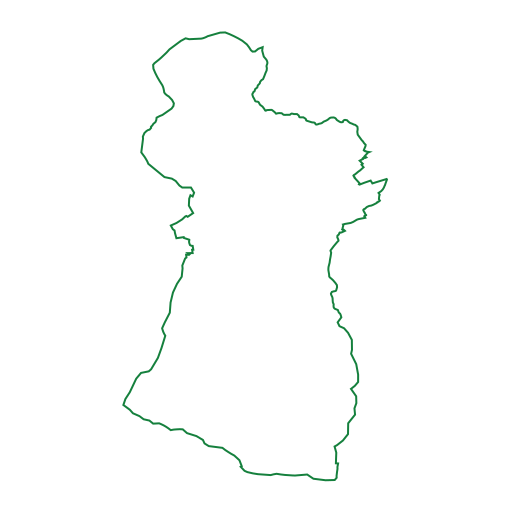 Otelu Rosu, Caras-Severin, Romania, rotated 181°
{"feature_id": "2599482B58163307864274", "entity_name": "Otelu Rosu", "entity_type": "district", "adm_level": 2, "iso_a3": "ROU", "parent_name": "Romania", "parent_adm1": "Caras-Severin", "projection": "robinson", "projection_center": [22.358, 45.525], "detail": "fine", "context": "isolated", "style": "outline", "palette": "green", "viewbox_px": 512, "rotation_deg": 181, "n_neighbors": 0, "source": "geoboundaries", "source_scale": "gbopen_adm2", "svg_char_len": 6084}
<svg xmlns="http://www.w3.org/2000/svg" viewBox="0 0 512 512"><g transform="rotate(181 256 256)"><path d="M384.1,110.7L386.0,104.7L379.5,100.1L376.3,96.6L369.8,93.9L365.5,90.8L359.7,89.6L355.9,86.6L349.9,87.0L347.9,86.2L345.3,85.0L342.8,83.6L340.5,82.1L338.2,80.4L335.3,81.0L332.2,81.3L329.2,81.5L326.2,81.4L321.9,77.7L312.4,74.9L305.8,71.1L304.2,67.7L299.9,65.1L286.2,63.6L283.4,61.5L280.4,59.6L277.4,57.8L274.2,56.1L269.0,51.5L266.6,45.6L267.6,45.0L263.7,41.0L260.9,39.8L255.3,38.6L250.3,37.9L237.5,37.2L234.7,38.0L231.6,38.6L227.4,38.0L223.3,37.6L219.1,37.4L214.9,37.2L213.0,37.2L201.0,38.4L194.7,34.3L182.5,33.0L173.4,33.4L171.5,35.7L171.6,37.6L171.2,41.6L170.8,44.6L170.9,46.5L170.3,50.0L172.5,50.1L172.3,60.8L174.1,66.9L171.7,68.3L165.9,73.0L160.9,79.5L160.9,90.4L154.2,99.1L154.9,105.4L153.1,110.6L153.4,117.5L158.7,124.8L154.9,127.9L151.7,131.8L151.8,139.1L153.9,149.6L159.2,159.9L158.4,163.8L158.7,173.8L162.6,180.8L166.7,185.3L171.3,187.3L173.2,191.1L169.6,196.2L170.3,198.5L170.9,199.8L171.8,200.5L172.4,201.3L173.2,203.4L176.2,204.6L176.8,205.1L177.4,206.0L177.6,207.4L177.5,208.9L177.7,209.6L178.3,210.8L178.5,212.3L178.7,215.1L179.1,216.5L179.8,217.8L180.3,219.0L180.4,219.8L179.5,221.4L177.8,222.0L176.6,222.2L175.7,222.5L175.3,222.9L174.4,226.1L174.6,228.3L176.2,230.5L178.5,233.1L180.2,234.6L181.8,235.9L182.4,236.7L182.6,238.9L183.4,243.2L183.4,244.8L183.3,246.3L182.3,250.5L181.9,253.9L181.4,256.8L180.9,260.6L181.6,262.5L181.6,262.8L178.5,267.1L175.1,271.3L173.8,272.7L173.9,273.5L174.5,275.1L175.0,275.8L175.0,277.3L174.9,277.8L173.6,278.9L172.9,280.7L172.6,280.9L172.4,280.7L170.8,281.1L167.5,282.7L167.7,282.9L168.0,283.1L168.9,283.9L169.3,283.9L169.6,284.2L169.8,284.2L170.1,283.9L170.3,284.1L170.0,284.5L169.9,285.2L169.8,286.0L169.7,286.2L169.4,287.3L169.4,288.5L169.0,288.8L169.3,289.1L167.7,289.6L161.9,290.7L159.4,291.8L155.9,294.0L155.2,294.3L154.0,294.7L147.4,296.1L148.0,297.2L148.4,297.7L148.0,298.1L146.6,298.7L146.6,298.9L147.4,299.7L147.9,300.5L148.1,301.3L148.8,302.1L149.0,302.5L149.3,303.4L149.5,303.6L149.5,304.0L149.3,304.3L148.6,304.9L147.9,305.1L146.5,306.5L145.9,307.0L143.8,308.0L141.7,308.4L139.8,309.2L136.8,310.8L136.3,311.1L136.1,311.6L135.3,311.8L135.0,312.1L134.9,312.4L134.0,312.7L133.1,313.5L133.9,314.7L134.1,315.0L133.8,318.4L133.5,319.0L133.4,319.4L133.6,319.8L134.4,320.8L134.6,321.2L132.0,323.0L130.4,324.8L129.3,326.7L128.7,328.3L128.3,329.0L127.7,331.0L126.2,335.3L126.0,335.5L137.4,331.8L140.9,330.6L141.9,332.2L142.3,332.7L142.7,333.4L148.8,331.2L153.7,329.2L154.3,329.5L153.7,330.5L158.9,336.0L158.7,336.3L160.0,338.0L159.7,338.5L159.3,338.8L158.2,339.5L155.1,342.2L153.4,343.4L151.1,345.6L150.0,346.6L152.1,349.1L150.9,350.1L154.0,353.1L151.7,354.4L150.8,354.8L151.1,355.3L150.9,355.7L149.8,356.0L148.7,355.9L147.4,356.5L148.1,357.1L149.2,357.6L146.8,360.3L146.1,361.2L144.6,361.9L146.9,362.2L148.4,362.8L148.6,362.6L149.5,363.1L150.1,363.6L148.4,367.9L148.3,369.1L149.9,370.7L151.2,372.6L152.2,373.5L156.4,379.1L156.9,382.0L156.6,384.1L156.6,385.0L156.7,386.0L156.9,387.1L159.0,388.8L160.6,389.2L162.3,390.0L164.3,390.7L165.7,391.7L166.2,392.2L166.5,392.4L167.3,393.3L168.9,393.6L169.7,393.6L170.4,393.3L171.1,392.7L171.5,391.5L172.1,391.3L173.1,391.2L173.8,391.3L174.8,391.7L177.4,393.3L177.8,393.7L178.5,394.7L179.4,395.4L180.1,395.7L181.3,395.9L181.8,395.8L183.5,395.7L184.7,395.2L186.8,393.4L188.2,392.6L190.7,391.5L192.3,390.2L193.4,389.7L195.3,389.3L196.4,388.8L197.7,388.5L198.2,388.5L198.7,388.8L199.4,390.0L200.1,390.4L200.9,390.5L202.4,390.6L207.5,392.1L208.2,392.5L208.3,393.2L208.6,393.8L209.3,394.4L211.1,395.5L214.0,395.4L214.5,395.4L215.1,395.7L215.6,396.9L215.9,397.4L216.9,398.1L217.2,398.5L217.8,398.6L220.7,398.6L221.8,398.9L222.9,399.0L223.5,398.7L224.6,397.8L228.0,397.7L229.5,397.6L230.8,397.7L231.5,398.1L232.5,399.0L233.0,399.2L235.3,399.3L236.9,399.1L238.0,398.7L238.7,398.8L239.1,399.5L240.9,401.0L242.5,402.2L243.1,402.4L247.4,402.1L247.9,402.0L248.6,401.5L249.0,401.5L249.4,401.7L249.9,402.6L251.0,404.1L252.1,405.5L254.5,407.2L255.1,408.1L256.0,409.7L256.5,410.1L257.0,410.3L258.7,410.5L259.4,410.8L260.8,413.6L261.6,414.8L262.3,416.7L262.5,417.7L262.2,418.4L261.7,419.2L261.4,420.0L260.4,420.6L259.7,422.9L257.7,424.5L257.5,425.1L257.4,425.8L257.2,426.5L256.7,427.1L255.8,428.0L255.2,428.8L255.0,430.0L254.4,430.9L253.5,432.0L252.5,432.6L252.0,433.0L250.7,436.3L249.6,439.4L248.6,441.7L248.4,444.0L248.8,445.8L248.7,446.7L248.3,447.8L248.0,448.8L248.0,449.9L248.4,451.2L249.1,452.5L251.7,455.5L253.4,461.4L253.0,464.9L257.3,463.2L260.5,460.5L263.0,460.3L264.7,461.7L266.6,464.6L268.8,467.4L273.5,471.0L277.6,473.3L281.9,475.4L286.2,477.3L290.7,479.0L295.8,478.7L308.2,474.9L309.6,474.1L311.2,473.4L312.8,472.8L314.4,472.4L326.6,471.6L330.2,472.4L335.0,469.7L346.1,461.1L349.0,457.8L354.2,452.7L356.4,450.7L361.0,446.9L362.2,445.3L361.8,441.4L359.9,437.2L357.8,433.2L355.5,429.4L352.6,425.0L351.8,423.2L351.3,421.5L350.9,419.7L350.6,417.9L349.7,416.7L348.6,415.7L347.4,414.8L346.0,414.0L342.6,410.5L340.8,407.2L341.2,404.5L343.0,401.9L352.0,395.4L354.8,394.2L357.8,392.6L358.1,390.1L358.9,388.1L360.9,386.4L362.0,384.6L362.8,383.9L363.3,383.2L363.1,382.3L364.6,380.5L366.2,380.0L367.7,379.0L369.7,377.0L371.2,373.4L371.0,371.3L372.5,357.6L369.0,353.0L367.6,350.8L366.3,348.6L365.3,346.3L348.9,333.3L341.5,331.9L337.6,329.6L333.8,325.1L331.0,323.2L322.2,323.3L319.0,318.2L320.4,314.4L322.6,315.6L323.8,312.1L324.0,305.2L319.6,297.8L325.0,294.0L326.3,294.8L327.4,294.3L330.5,291.3L336.1,287.6L341.7,285.0L339.6,281.3L337.9,280.1L337.4,277.5L335.9,272.4L328.6,273.6L328.4,272.8L323.0,271.1L323.0,270.3L323.2,269.0L322.9,267.6L322.2,265.8L320.8,265.1L319.5,265.0L318.8,261.2L320.0,261.1L319.4,257.8L324.4,257.7L323.2,256.6L322.6,256.4L323.0,256.0L325.9,256.1L325.5,253.3L326.8,252.3L329.5,245.2L329.2,242.3L329.9,234.0L334.5,226.8L338.4,218.0L340.6,208.0L341.2,197.8L346.0,188.1L348.6,182.1L348.0,180.2L347.3,178.3L346.4,176.5L345.3,174.7L348.9,162.3L352.3,152.4L358.9,140.9L361.2,138.8L368.9,137.1L373.6,131.3L379.8,117.6L384.1,110.7Z" fill="none" stroke="#15803d" stroke-width="2"/></g></svg>